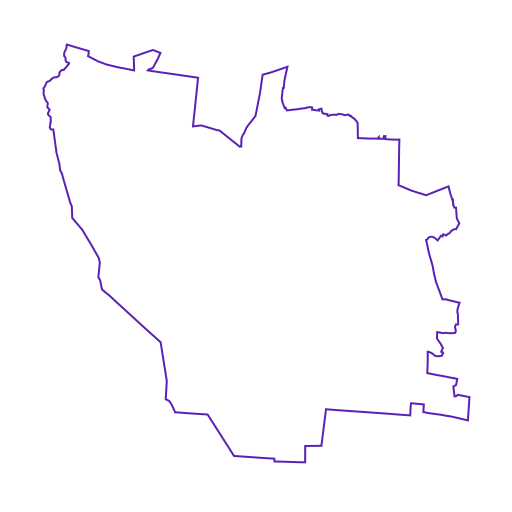 the district of Soyaniquilpan de Juárez, México, Mexico, rotated 182°
{"feature_id": "50627088B65616547709828", "entity_name": "Soyaniquilpan de Juárez", "entity_type": "district", "adm_level": 2, "iso_a3": "MEX", "parent_name": "Mexico", "parent_adm1": "México", "projection": "albers", "projection_center": [-99.518, 20.053], "detail": "fine", "context": "isolated", "style": "outline", "palette": "violet", "viewbox_px": 512, "rotation_deg": 182, "n_neighbors": 0, "source": "geoboundaries", "source_scale": "gbopen_adm2", "svg_char_len": 5851}
<svg xmlns="http://www.w3.org/2000/svg" viewBox="0 0 512 512"><g transform="rotate(182 256 256)"><path d="M452.4,460.7L452.7,459.7L452.6,457.5L452.9,456.7L453.0,456.4L453.4,455.6L453.9,454.6L454.7,452.5L454.8,451.6L454.7,450.7L454.7,450.2L454.8,449.3L453.6,448.0L453.4,447.7L453.2,446.8L453.2,445.1L452.8,444.1L452.3,443.3L451.4,443.0L450.5,442.8L449.9,442.6L449.5,442.0L450.0,440.9L450.7,440.4L451.3,439.3L452.7,437.6L453.1,437.2L453.4,436.8L454.0,436.3L454.2,435.7L454.4,435.3L455.1,435.1L455.9,435.1L456.6,435.1L457.6,434.0L458.1,433.5L458.5,433.0L458.8,432.5L458.8,431.3L458.7,430.8L458.8,430.3L459.0,429.8L459.5,429.1L460.3,428.3L461.5,427.8L462.9,427.6L464.2,427.4L465.5,426.6L466.8,425.5L467.5,424.5L468.3,423.8L469.4,423.3L470.1,423.1L470.8,422.9L471.1,422.4L471.6,421.4L472.6,419.0L473.1,417.8L473.6,417.1L474.0,416.6L474.3,416.0L473.8,414.3L473.8,413.8L474.1,413.2L474.0,411.5L473.8,410.1L473.3,408.8L472.8,407.7L472.6,406.2L471.1,403.6L470.4,402.8L469.6,401.9L469.4,400.9L469.6,399.4L469.7,398.3L469.7,397.3L468.8,396.4L467.6,395.6L467.5,395.2L467.4,394.5L468.0,393.5L468.2,392.8L468.6,392.1L468.9,391.3L468.8,390.2L466.9,388.3L466.0,387.6L465.8,382.4L466.1,382.3L466.4,378.7L466.6,377.5L466.1,376.2L465.2,375.3L463.0,375.4L458.9,351.8L455.9,342.0L455.6,340.3L455.0,336.5L454.7,334.8L452.8,331.5L451.5,327.2L449.1,319.8L443.4,302.5L441.8,299.3L441.3,292.3L441.0,287.7L431.8,277.5L430.4,276.0L427.4,271.2L421.3,261.9L417.4,255.5L413.2,248.8L412.5,246.4L412.1,244.8L411.8,243.7L412.1,240.4L412.5,233.9L412.5,233.6L412.7,231.3L412.8,229.3L412.5,228.8L410.9,226.3L410.4,224.1L409.2,219.0L408.8,217.2L405.2,214.4L402.8,212.6L402.4,212.3L400.9,211.2L398.4,209.0L395.0,206.0L379.8,193.1L367.3,182.4L348.3,166.5L340.8,128.0L341.2,109.6L339.0,108.8L337.6,107.9L337.1,107.4L335.9,105.6L334.7,103.8L333.7,101.7L333.0,100.3L332.5,99.4L331.7,97.6L331.4,96.9L330.9,97.0L318.5,96.5L309.3,96.2L298.8,95.9L292.5,86.7L283.5,73.6L277.2,64.5L271.0,55.4L259.4,55.0L250.8,54.7L239.2,54.3L230.6,54.1L230.4,51.3L216.4,51.4L208.0,51.4L199.7,51.5L200.2,67.8L190.5,68.3L184.0,68.6L182.2,88.4L180.7,105.3L172.2,104.9L161.0,104.5L149.7,104.1L138.5,103.7L127.3,103.3L118.8,103.0L107.6,102.5L96.3,102.1L96.2,111.0L95.9,114.3L95.7,114.3L83.1,113.5L83.3,105.9L81.9,105.8L80.8,105.4L78.0,105.0L72.9,104.5L64.7,103.7L61.5,103.1L56.6,102.6L51.1,101.6L38.5,99.1L37.7,122.4L49.4,124.3L51.2,122.8L52.7,122.7L54.2,132.5L51.5,134.1L50.6,140.2L65.7,142.6L66.5,142.7L71.3,143.4L74.4,143.9L77.3,144.4L80.7,144.9L80.7,157.5L81.1,166.3L79.3,166.0L77.5,165.3L76.2,164.6L74.0,162.8L72.7,162.3L71.1,162.1L68.7,162.4L66.9,162.8L65.5,165.4L66.2,166.4L66.7,166.3L67.1,166.3L67.5,166.7L67.5,167.1L66.0,170.6L68.4,174.7L71.6,178.9L72.3,180.0L72.2,186.3L66.7,185.5L63.2,185.9L61.2,185.6L58.9,185.7L57.1,185.7L55.7,186.0L54.4,186.1L53.8,187.0L53.8,188.0L53.9,189.2L54.3,190.6L54.7,192.1L53.9,194.4L51.6,194.7L51.8,199.2L52.1,201.9L52.0,203.7L52.4,205.4L52.8,207.1L52.8,209.3L52.3,211.6L51.7,213.9L50.9,216.4L53.4,216.8L54.8,217.1L56.1,217.5L58.4,217.9L60.9,218.4L61.8,218.6L65.0,219.4L68.1,219.1L71.6,227.7L75.2,236.3L77.4,244.3L79.2,252.5L83.3,265.1L83.4,265.8L83.6,266.3L83.9,267.5L84.2,268.5L84.4,269.8L86.6,278.0L86.1,278.2L85.5,278.5L85.2,278.8L84.9,279.3L84.6,279.9L84.0,280.5L83.0,281.1L81.9,281.3L80.5,281.4L79.7,281.1L78.8,280.7L77.2,279.7L75.0,277.9L71.8,282.7L70.3,282.1L69.7,284.2L66.5,283.2L66.1,283.8L65.6,284.2L64.9,284.8L64.0,285.2L63.4,285.5L62.7,286.5L62.0,287.6L61.3,288.1L60.1,289.0L59.2,289.5L58.4,289.7L57.7,289.8L56.9,289.8L56.1,291.5L55.8,292.2L55.4,292.9L54.2,295.2L54.1,295.4L53.9,295.7L56.5,300.2L56.8,302.0L57.8,311.3L59.5,311.3L59.7,312.2L60.6,313.4L60.4,314.5L60.8,314.7L60.8,314.9L61.1,317.3L61.4,318.2L61.0,318.3L61.1,319.2L61.5,319.2L61.8,319.3L62.8,321.9L63.9,324.9L65.2,329.4L66.0,332.3L88.1,322.7L102.5,326.6L116.1,331.8L116.0,334.8L116.7,369.0L116.7,372.4L116.8,377.4L118.3,377.2L119.7,377.2L121.1,377.2L122.5,377.1L123.9,377.1L125.2,377.2L126.6,377.1L127.9,377.2L129.3,377.3L131.1,377.5L130.8,380.3L132.3,380.3L132.8,377.6L134.3,377.5L135.8,377.5L137.2,377.5L137.4,379.1L138.7,377.5L138.9,377.5L140.7,377.5L142.5,377.5L143.6,377.4L145.1,377.3L158.3,377.4L159.0,391.8L159.2,392.8L162.3,396.5L166.9,399.4L166.8,399.5L167.9,399.7L168.1,400.4L169.6,400.5L171.9,399.8L173.6,400.2L174.8,400.6L176.6,400.8L178.5,400.9L180.2,399.9L183.8,399.9L186.9,399.4L187.5,398.9L188.4,398.5L189.7,398.9L189.6,400.3L191.8,400.6L192.6,400.4L194.5,401.2L194.5,401.3L194.5,401.6L194.5,401.8L194.7,402.0L194.8,402.1L194.9,402.4L195.0,402.6L195.2,402.9L195.4,403.1L195.5,404.3L195.7,405.5L198.2,404.8L198.1,403.5L199.9,403.7L201.4,403.8L202.3,403.9L203.8,404.1L205.1,404.2L205.0,404.8L205.0,405.6L205.0,405.9L205.2,406.3L205.3,406.6L205.5,406.6L205.9,406.6L206.5,406.6L207.2,406.6L208.1,406.5L208.9,406.4L209.8,406.2L210.8,405.9L211.6,405.6L212.4,405.4L213.0,405.3L213.8,405.2L214.5,405.1L215.8,404.9L217.0,404.7L218.3,404.4L219.1,404.2L220.1,404.1L220.8,403.9L221.4,403.9L222.4,403.7L224.4,403.5L225.9,403.3L226.8,403.1L228.2,402.9L230.3,402.6L231.5,405.2L232.2,404.9L232.5,404.8L234.7,410.0L235.8,414.5L235.0,424.9L234.1,425.0L233.8,431.5L233.7,432.7L231.2,446.2L239.0,443.2L246.6,440.3L251.9,438.6L255.7,437.4L257.4,421.7L257.7,418.9L261.4,395.9L268.5,386.2L270.2,383.5L272.1,378.4L273.3,376.6L274.5,373.6L274.7,370.3L274.5,367.4L274.8,365.8L274.5,365.0L275.9,364.6L287.5,373.2L296.8,380.1L299.7,380.5L305.9,382.2L315.3,384.6L323.5,383.3L321.9,406.3L320.1,432.1L331.4,433.4L348.2,435.2L359.4,436.4L370.6,437.7L370.2,438.4L365.6,440.4L360.6,450.5L360.3,451.4L358.6,455.6L366.2,458.3L374.3,455.2L385.2,451.0L384.3,438.1L384.3,437.6L384.3,437.4L384.3,437.2L392.7,438.6L401.1,439.9L404.4,440.6L409.3,441.6L411.9,442.1L416.6,443.7L418.5,444.3L419.9,444.7L430.9,449.9L430.5,451.2L430.3,453.3L430.3,455.0L441.3,457.8L452.4,460.7Z" fill="none" stroke="#5b21b6" stroke-width="2"/></g></svg>